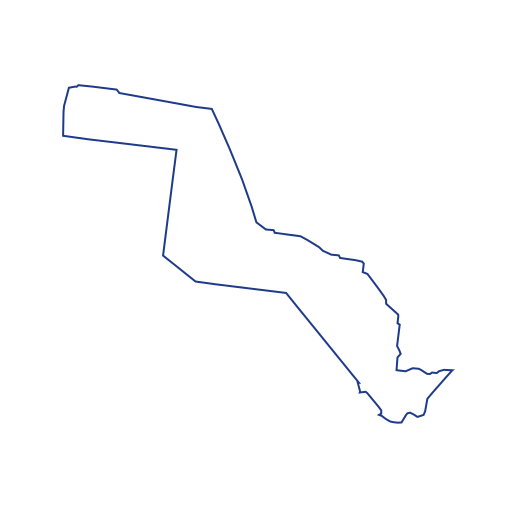 Gurbansoltan Eye, Tashauz, Turkmenistan (Albers equal-area conic projection), rotated 97°
{"feature_id": "10190150B88624562206856", "entity_name": "Gurbansoltan Eye", "entity_type": "district", "adm_level": 2, "iso_a3": "TKM", "parent_name": "Turkmenistan", "parent_adm1": "Tashauz", "projection": "albers", "projection_center": [59.229, 41.168], "detail": "fine", "context": "isolated", "style": "outline", "palette": "blue", "viewbox_px": 512, "rotation_deg": 97, "n_neighbors": 0, "source": "geoboundaries", "source_scale": "gbopen_adm2", "svg_char_len": 1722}
<svg xmlns="http://www.w3.org/2000/svg" viewBox="0 0 512 512"><g transform="rotate(97 256 256)"><path d="M345.5,47.2L346.1,55.6L348.0,60.2L350.1,62.3L350.2,64.1L350.2,65.7L350.2,67.0L350.7,67.6L351.9,68.9L351.9,69.2L352.1,71.0L352.1,71.8L350.9,74.4L349.0,78.2L348.1,80.7L348.3,86.8L350.6,90.8L352.2,93.5L352.2,96.8L352.2,102.6L339.4,103.2L335.5,100.5L332.3,102.2L328.1,105.0L327.6,105.0L325.0,105.0L317.6,105.0L311.9,105.0L306.6,105.0L305.6,107.3L298.4,107.4L296.8,107.8L287.6,121.0L286.0,121.2L283.5,121.6L283.0,122.1L280.2,124.3L272.7,131.2L260.3,143.1L259.8,144.7L259.0,148.1L255.9,148.1L250.4,148.1L248.7,149.9L248.0,156.8L247.7,172.3L245.5,173.7L245.3,174.3L245.5,181.6L245.2,182.3L242.7,190.2L239.6,194.4L233.7,207.3L231.0,214.2L230.7,240.3L229.7,240.7L228.2,241.7L228.4,247.5L228.5,249.4L222.6,259.6L222.1,259.9L207.4,266.4L181.8,279.1L153.0,295.1L128.9,309.4L115.4,317.8L115.4,333.0L115.4,333.5L110.9,411.5L110.6,411.7L107.8,414.6L107.8,438.3L108.1,453.1L109.9,454.6L109.9,456.1L111.8,462.2L130.5,464.8L136.5,464.6L160.2,462.1L160.6,436.3L160.3,347.8L161.1,347.8L190.0,348.0L266.9,348.3L288.7,312.9L289.0,292.0L289.0,246.1L289.0,222.1L289.0,221.6L300.1,210.2L300.7,209.6L315.6,194.1L350.3,158.1L357.9,150.2L361.4,146.6L367.0,140.7L369.2,138.5L369.2,139.6L370.2,139.2L374.4,137.5L378.1,136.1L378.8,136.3L377.4,130.6L378.6,128.8L389.8,116.9L393.9,112.9L397.1,112.5L398.1,113.7L398.7,114.5L399.4,111.6L401.6,107.9L403.1,104.6L404.0,102.2L404.2,99.2L404.2,95.2L403.5,91.3L400.6,90.0L395.7,87.8L393.7,86.6L392.7,84.0L394.3,79.6L396.0,76.3L395.4,74.7L393.3,70.3L389.6,69.2L383.9,68.9L376.8,68.5L370.5,64.4L361.6,58.3L352.9,52.4L346.0,47.6L345.7,47.4L345.5,47.2Z" fill="none" stroke="#1e3a8a" stroke-width="2"/></g></svg>